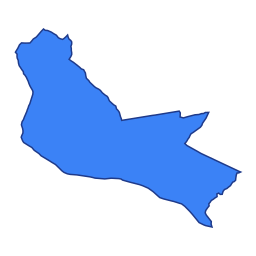 Pão de Açúcar, Alagoas, Brazil (Robinson projection)
{"feature_id": "56859067B78615369574980", "entity_name": "Pão de Açúcar", "entity_type": "district", "adm_level": 2, "iso_a3": "BRA", "parent_name": "Brazil", "parent_adm1": "Alagoas", "projection": "robinson", "projection_center": [-37.484, -9.662], "detail": "fine", "context": "isolated", "style": "filled", "palette": "blue", "viewbox_px": 256, "rotation_deg": 0, "n_neighbors": 0, "source": "geoboundaries", "source_scale": "gbopen_adm2", "svg_char_len": 2490}
<svg xmlns="http://www.w3.org/2000/svg" viewBox="0 0 256 256"><path d="M240.6,172.0L238.7,171.2L200.9,153.4L197.1,151.2L186.9,145.5L184.8,143.5L186.0,142.2L187.0,140.8L187.8,139.3L189.2,137.4L190.0,135.5L191.0,133.8L193.5,132.2L195.4,130.8L200.4,127.2L201.9,125.2L202.5,123.3L206.0,118.2L208.7,112.4L205.3,112.5L203.6,113.5L201.5,113.6L198.9,114.5L195.0,114.8L187.5,116.7L183.4,117.9L180.1,117.0L180.3,112.9L179.2,111.1L154.9,115.1L152.4,115.4L121.7,120.4L121.3,118.7L120.5,116.7L119.3,112.3L118.0,110.4L116.5,108.9L115.8,106.1L113.7,104.8L112.2,103.5L109.6,101.1L108.8,99.6L108.0,97.5L107.0,96.2L105.3,95.2L102.3,92.8L100.4,90.4L98.6,89.1L96.0,87.8L94.4,86.6L92.2,84.5L90.8,83.2L89.7,82.1L88.8,80.6L86.4,78.3L85.8,75.8L85.4,73.0L83.6,69.7L81.3,68.9L79.9,67.5L78.6,66.4L73.4,62.3L71.3,61.0L69.1,59.3L70.8,56.6L71.7,54.5L71.7,52.7L71.3,50.4L71.3,48.5L70.9,46.4L71.7,44.1L71.7,41.9L70.8,40.5L69.0,39.0L68.2,37.3L67.6,35.0L65.9,36.8L64.0,38.5L62.6,39.4L60.2,38.7L58.3,37.7L56.4,35.2L53.6,33.6L51.3,32.1L47.6,30.5L45.2,30.3L43.5,29.0L41.2,31.4L36.4,37.0L33.3,39.0L31.3,41.5L29.9,43.0L25.2,43.1L21.5,42.9L19.5,44.8L17.8,48.3L15.4,52.2L17.1,54.2L17.0,56.3L17.2,58.1L18.2,60.3L18.5,63.2L19.2,65.7L20.3,67.3L21.7,69.5L23.3,71.6L23.6,73.8L24.9,75.1L26.4,77.4L27.3,79.4L28.1,81.0L28.9,83.4L29.9,85.8L31.0,87.8L32.4,90.1L33.0,91.9L32.8,94.3L32.0,96.8L31.1,99.6L30.4,101.9L29.8,103.8L28.7,105.9L28.0,108.2L27.3,109.8L26.8,111.5L26.0,113.3L25.3,115.0L24.4,117.0L23.5,119.5L22.1,121.7L21.4,124.8L22.0,126.7L22.6,128.5L23.0,130.8L22.9,133.1L21.8,135.5L21.2,137.2L22.6,140.8L23.7,142.5L28.8,145.7L31.9,147.5L34.2,150.3L39.0,153.6L41.1,155.8L50.1,161.2L51.6,162.2L55.5,164.5L61.9,170.8L64.0,172.4L67.3,173.8L70.2,174.4L76.9,174.9L90.2,176.9L92.8,177.5L95.0,178.1L104.8,178.9L111.2,178.2L118.9,178.6L121.0,179.0L122.6,180.1L128.6,181.8L131.2,182.5L139.5,184.6L142.9,185.8L148.3,188.2L153.2,191.7L158.4,196.4L159.8,197.6L163.6,198.9L171.8,201.0L173.6,201.4L177.1,202.5L179.9,203.4L181.5,203.8L184.8,206.3L189.8,211.4L192.5,214.5L199.1,222.6L203.8,224.9L205.6,225.6L212.0,227.0L211.1,224.1L211.3,221.5L206.3,215.1L205.2,212.9L205.7,210.6L207.5,207.9L209.1,205.9L208.8,203.8L210.1,202.3L211.3,200.5L213.4,199.2L214.9,198.0L217.1,196.6L216.9,193.9L218.7,193.1L220.2,194.4L222.2,194.3L223.1,191.3L224.5,189.5L226.9,188.5L228.4,187.2L230.5,185.6L231.6,183.7L232.8,182.1L234.3,181.5L235.6,180.2L235.8,178.0L236.3,174.9L237.0,173.0L238.7,172.9L240.6,172.0Z" fill="#3b82f6" stroke="#1e3a8a" stroke-width="1.5"/></svg>